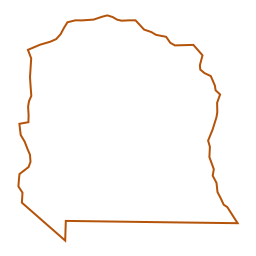 the district of Prata do Piauí, Piauí, Brazil
{"feature_id": "56859067B9485913945767", "entity_name": "Prata do Piauí", "entity_type": "district", "adm_level": 2, "iso_a3": "BRA", "parent_name": "Brazil", "parent_adm1": "Piauí", "projection": "albers", "projection_center": [-42.169, -5.724], "detail": "fine", "context": "isolated", "style": "outline", "palette": "amber", "viewbox_px": 256, "rotation_deg": 0, "n_neighbors": 0, "source": "geoboundaries", "source_scale": "gbopen_adm2", "svg_char_len": 920}
<svg xmlns="http://www.w3.org/2000/svg" viewBox="0 0 256 256"><path d="M27.9,49.8L31.2,58.4L30.0,77.1L30.4,83.5L31.3,95.9L29.0,101.2L28.1,106.6L28.6,115.2L28.4,122.2L19.4,123.8L20.7,135.0L24.7,141.7L27.5,149.0L30.0,154.8L30.5,161.8L28.6,167.0L24.9,169.9L19.5,174.0L18.9,179.8L18.4,186.4L22.5,192.7L21.9,202.7L65.2,240.6L65.8,220.9L160.1,222.2L237.6,223.2L227.3,207.1L223.7,204.7L220.7,198.2L217.5,192.1L216.5,182.9L212.7,175.7L213.8,169.2L209.4,157.1L209.9,146.8L208.1,140.6L212.6,129.6L216.5,117.1L217.3,112.2L217.1,102.8L220.1,94.5L215.6,90.3L214.9,85.6L210.8,76.1L204.5,73.1L200.3,69.6L199.9,65.2L202.5,55.3L193.4,44.9L174.9,45.4L170.3,42.8L166.1,36.8L156.2,34.9L151.2,32.0L144.1,29.6L135.5,20.3L130.0,20.3L121.5,20.7L117.0,19.6L112.6,17.0L107.3,15.4L102.2,16.7L93.6,19.6L81.8,20.4L75.4,20.3L67.4,22.3L63.8,28.2L60.6,34.2L56.2,39.1L50.3,41.7L40.1,44.7L27.9,49.8Z" fill="none" stroke="#b45309" stroke-width="2"/></svg>